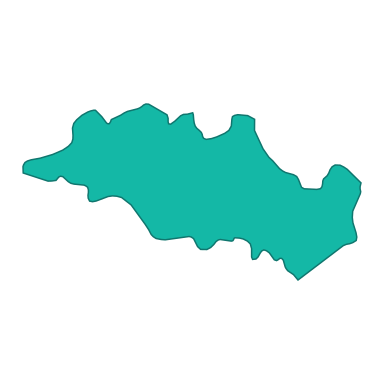 map outline of Oum el Bouaghi (Robinson projection)
{"feature_id": "DZA-2221", "entity_name": "Oum el Bouaghi", "entity_type": "Province", "adm_level": 1, "iso_a3": "DZA", "parent_name": "Algeria", "parent_adm1": "", "projection": "robinson", "projection_center": [7.045, 35.82], "detail": "fine", "context": "isolated", "style": "filled", "palette": "teal", "viewbox_px": 384, "rotation_deg": 0, "n_neighbors": 0, "source": "natural_earth", "source_scale": "10m", "svg_char_len": 2335}
<svg xmlns="http://www.w3.org/2000/svg" viewBox="0 0 384 384"><path d="M48.0,181.1L23.2,173.0L23.0,166.6L23.6,164.8L25.0,162.5L27.4,161.0L31.2,159.8L40.1,158.2L52.6,154.5L62.8,150.1L68.4,146.3L71.8,142.7L72.9,139.0L73.0,135.3L72.5,128.1L73.8,123.4L76.7,119.8L81.9,115.3L87.8,112.0L90.8,110.9L93.9,110.2L95.5,110.3L101.8,116.7L106.6,123.1L107.5,123.6L109.0,123.8L110.1,122.6L110.8,121.1L111.1,120.0L111.5,119.5L120.7,115.2L124.3,112.9L127.5,111.4L137.3,108.9L139.6,108.0L141.9,106.5L143.6,105.0L145.9,104.0L148.7,104.2L167.0,114.8L168.1,118.3L168.1,121.7L168.6,123.8L170.6,124.2L174.7,121.3L180.6,115.8L183.5,114.4L187.4,114.2L192.7,112.8L193.3,114.7L193.7,119.6L194.2,123.0L195.2,126.1L196.9,128.4L199.2,130.3L201.3,132.4L202.2,134.4L202.6,136.4L203.6,138.3L206.1,139.4L211.5,138.6L216.8,136.9L224.8,133.3L228.9,130.4L231.3,126.1L231.9,119.1L232.5,116.6L234.6,115.4L237.8,114.7L247.7,115.6L254.6,119.3L254.5,130.5L263.0,148.8L268.9,157.3L272.7,160.8L279.5,168.6L282.5,170.9L285.5,172.5L293.5,174.7L296.7,176.5L298.5,179.6L301.5,187.3L304.2,188.8L316.8,189.4L320.5,188.7L322.0,186.7L322.6,183.8L322.8,181.0L323.6,178.9L327.2,175.7L328.8,173.0L330.1,169.7L332.1,166.8L335.1,165.0L340.1,165.2L343.9,167.1L347.2,169.3L361.0,182.9L360.1,186.7L360.1,187.5L360.1,188.9L360.7,191.7L360.3,193.7L352.7,211.2L352.3,217.5L352.9,222.7L356.0,232.7L356.8,237.1L356.2,240.5L352.8,242.6L349.7,243.7L346.4,244.3L343.3,245.6L298.0,280.0L293.5,274.6L287.7,270.7L286.1,268.6L285.2,266.9L283.3,260.2L281.7,258.4L280.0,258.3L278.2,259.7L276.6,260.6L274.3,259.8L269.3,252.8L266.4,250.7L263.8,249.9L261.6,251.1L260.0,253.4L258.1,256.9L256.0,259.0L252.6,259.4L251.6,257.0L251.6,248.6L250.3,243.9L247.4,241.1L243.3,239.0L239.6,238.1L235.3,237.8L234.5,237.9L233.8,238.8L233.7,239.4L233.3,240.1L232.7,240.8L231.3,241.1L220.2,239.5L218.4,239.9L216.1,241.5L213.8,244.5L210.7,247.5L206.9,249.5L200.6,249.4L197.6,246.6L193.6,238.6L191.2,237.0L189.1,236.5L165.2,239.8L161.2,239.5L156.1,238.5L153.3,236.7L151.2,234.5L148.7,229.7L145.1,224.2L131.1,204.9L121.6,197.5L116.8,196.2L112.4,195.9L108.1,196.5L96.2,201.0L92.5,201.7L89.6,201.1L88.2,198.2L88.0,195.3L88.4,192.4L88.4,189.9L87.6,187.2L85.6,185.8L84.0,185.1L74.0,184.1L70.9,183.3L68.3,181.7L62.9,176.7L60.6,176.2L58.8,177.0L56.0,180.4L51.7,181.0L48.0,181.1Z" fill="#14b8a6" stroke="#0f766e" stroke-width="1.5"/></svg>